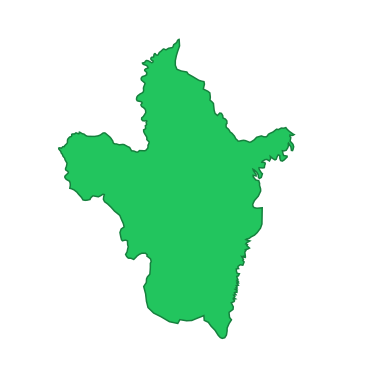 outline of Dinguiraye, Dinguiraye, Guinea, rotated 315°
{"feature_id": "49546643B8348239056405", "entity_name": "Dinguiraye", "entity_type": "district", "adm_level": 2, "iso_a3": "GIN", "parent_name": "Guinea", "parent_adm1": "Dinguiraye", "projection": "robinson", "projection_center": [-10.609, 11.571], "detail": "fine", "context": "isolated", "style": "filled", "palette": "green", "viewbox_px": 384, "rotation_deg": 315, "n_neighbors": 0, "source": "geoboundaries", "source_scale": "gbopen_adm2", "svg_char_len": 6004}
<svg xmlns="http://www.w3.org/2000/svg" viewBox="0 0 384 384"><g transform="rotate(315 192 192)"><path d="M183.6,276.4L183.5,274.2L184.4,275.0L186.5,272.3L187.2,271.7L188.8,271.5L188.8,270.6L189.8,270.9L190.9,271.7L193.0,272.3L192.8,268.6L194.0,268.4L193.3,266.7L195.1,266.5L196.3,267.0L198.3,267.5L197.0,265.2L196.4,263.7L197.5,263.9L199.6,265.2L202.3,265.6L205.7,266.7L209.3,266.8L213.3,266.2L214.6,266.1L218.8,264.1L230.5,252.8L226.9,249.8L226.3,249.2L224.9,247.0L225.0,245.3L226.3,243.6L230.1,242.2L236.0,241.8L241.2,239.9L242.7,238.3L244.5,235.0L246.0,233.6L247.2,231.1L246.4,230.0L245.6,228.5L246.0,224.6L247.0,223.4L248.7,226.0L249.8,224.8L250.1,222.6L250.5,220.4L251.2,219.1L251.6,220.3L251.8,224.0L250.9,226.8L249.4,228.5L249.2,230.1L251.3,230.7L254.7,228.9L254.6,227.6L255.3,224.4L255.8,222.9L256.6,222.2L259.1,225.1L260.4,225.9L262.3,224.5L263.7,223.9L264.3,222.7L262.4,220.4L263.5,220.0L265.1,220.5L266.1,220.5L268.0,221.9L268.7,224.8L271.2,224.0L272.5,222.2L272.8,225.7L273.4,228.0L274.7,228.4L276.7,227.4L279.3,226.7L279.8,228.3L277.9,230.4L276.9,232.4L277.7,234.0L279.8,234.5L282.2,234.5L284.1,234.5L284.6,233.8L282.6,231.0L283.3,229.4L285.1,226.7L286.0,227.9L288.1,229.1L291.1,228.4L293.3,227.2L294.1,225.9L294.8,225.6L294.7,226.5L294.1,228.2L293.9,229.9L291.7,232.9L292.4,233.8L293.6,233.3L295.9,231.9L297.1,229.7L297.3,227.4L297.3,225.5L298.5,224.6L300.3,223.4L300.4,222.7L300.6,221.7L301.6,221.0L302.2,222.3L303.2,223.1L303.8,223.4L304.8,223.6L304.5,222.8L303.7,217.9L303.7,216.6L303.6,216.0L303.6,214.7L303.9,212.8L302.0,211.8L300.3,209.9L297.3,209.0L296.2,207.4L292.1,206.9L291.0,206.6L288.7,205.7L286.9,205.2L285.0,205.6L283.5,205.5L281.9,203.9L280.7,201.4L276.4,199.0L272.8,199.1L269.5,198.4L268.0,197.8L266.1,193.4L265.0,191.9L263.7,190.9L261.2,189.3L260.6,188.6L260.7,187.7L260.6,185.2L261.5,182.6L261.8,178.8L261.4,176.3L262.0,174.8L262.2,172.6L261.9,170.7L262.7,169.4L264.3,168.1L265.1,168.3L266.9,166.4L267.2,164.1L266.3,161.6L267.8,159.6L268.4,157.2L267.5,155.8L264.1,155.9L263.9,152.7L265.5,149.8L269.8,144.5L269.9,142.1L269.7,139.7L272.0,137.9L274.7,134.5L274.4,131.9L272.8,127.2L277.1,124.5L278.5,122.4L277.3,120.6L275.8,117.8L274.2,111.3L272.7,106.0L273.2,103.5L270.0,98.9L268.1,94.6L269.8,90.6L273.1,87.3L277.4,84.5L281.5,82.3L286.5,79.9L290.8,75.0L290.1,74.6L288.7,74.7L287.3,75.3L286.4,75.4L283.2,74.9L281.3,75.9L280.3,76.0L277.1,73.8L274.4,73.2L273.9,72.7L273.2,70.9L272.5,70.6L269.3,70.5L267.6,70.2L265.2,71.0L264.3,70.8L263.9,70.4L263.6,69.5L263.8,68.1L263.5,67.8L262.6,67.8L260.3,69.4L258.7,68.2L257.6,68.3L256.9,68.9L256.6,69.9L257.2,71.7L256.6,72.4L255.8,72.5L254.9,72.1L253.9,68.5L253.1,67.1L252.6,66.7L251.3,66.6L250.1,67.0L248.5,65.9L248.1,65.8L247.8,66.8L248.0,67.7L249.3,70.3L249.3,71.8L248.8,73.2L246.0,72.1L244.9,72.2L244.4,72.7L244.5,75.4L244.0,76.1L242.7,76.7L242.7,77.0L241.0,76.6L238.5,75.3L237.1,75.4L236.0,76.0L235.4,77.1L235.7,81.3L235.5,82.1L232.1,83.6L231.1,84.2L229.5,86.1L228.3,86.8L226.4,86.6L224.8,86.0L221.8,85.6L220.4,85.8L219.1,86.5L218.1,87.5L217.8,88.8L218.4,89.9L219.7,91.8L220.0,93.1L219.7,93.8L217.7,94.1L217.3,94.6L216.9,96.0L217.5,98.5L217.3,99.1L217.5,99.6L217.0,101.3L215.4,103.2L211.0,104.2L208.9,104.0L207.7,105.0L207.5,106.6L208.7,108.2L210.1,109.2L210.3,109.7L210.0,110.1L208.6,110.5L207.9,112.0L207.1,112.3L205.9,112.1L204.1,114.3L203.1,114.3L201.8,113.8L200.5,115.2L199.7,117.4L198.9,120.9L198.3,121.9L197.2,122.9L197.0,124.0L197.2,126.0L196.8,126.6L195.3,127.4L193.9,127.8L193.4,128.5L191.8,129.7L188.7,129.9L187.6,129.3L184.2,125.6L181.8,125.4L181.1,124.8L179.9,122.0L178.4,120.1L179.4,116.4L178.6,114.3L177.5,110.5L176.7,109.4L173.9,107.2L172.5,104.5L171.5,103.5L171.0,102.0L171.2,101.3L172.0,100.0L172.7,96.6L172.8,95.0L172.3,89.0L171.8,88.2L170.8,87.4L167.6,86.9L165.3,85.9L162.5,83.9L158.3,79.6L157.2,78.2L156.8,76.9L156.6,74.8L155.6,73.1L154.9,70.3L154.6,70.0L153.4,70.9L152.8,70.5L151.9,68.3L151.5,68.0L150.2,68.0L148.4,66.4L147.7,66.2L146.5,67.3L145.9,67.4L144.3,66.6L141.9,66.7L140.7,67.2L138.8,69.0L137.7,69.3L135.1,69.2L133.7,69.6L133.0,68.8L132.4,68.6L130.7,68.7L129.7,67.2L128.8,66.7L128.2,67.4L127.9,70.4L127.0,72.3L127.0,73.6L126.1,75.5L125.9,78.0L125.0,79.5L124.0,83.2L122.4,84.4L120.7,85.4L119.5,85.8L118.7,86.4L118.3,87.3L118.8,89.6L118.4,90.6L117.9,91.0L113.6,90.9L112.8,91.3L112.3,92.0L112.0,94.1L113.0,97.8L112.2,99.5L110.6,101.3L108.2,103.0L109.1,104.5L110.1,107.2L110.5,110.8L110.2,113.3L110.0,117.8L109.3,120.5L110.6,122.4L112.2,123.7L114.6,125.2L115.5,124.7L117.3,124.5L119.3,124.7L122.4,129.2L124.7,130.0L127.4,130.6L128.2,131.8L126.2,132.9L124.2,134.5L123.3,137.1L123.9,140.7L124.0,145.7L123.7,150.7L124.4,157.5L122.8,161.3L121.1,165.8L119.3,168.7L115.7,168.1L112.4,169.7L110.0,173.2L108.4,175.9L108.3,177.3L110.9,178.9L111.9,180.9L111.0,181.8L109.2,183.8L108.2,185.7L106.5,186.6L103.8,188.4L100.9,189.2L100.2,191.4L100.2,193.7L102.0,195.7L103.1,198.5L106.6,198.5L107.8,198.4L110.6,198.8L113.2,199.8L114.7,201.3L115.8,202.3L116.0,204.7L114.8,205.4L115.4,209.8L114.1,212.2L112.1,213.0L109.2,215.9L107.3,217.6L104.1,220.3L100.4,220.5L98.4,221.3L95.7,223.7L91.0,224.7L87.2,231.2L82.5,237.1L79.2,242.6L79.3,250.5L81.9,258.3L84.3,267.7L89.0,274.9L93.2,273.7L97.1,279.2L101.0,282.7L106.8,285.1L111.1,287.0L113.0,287.7L109.9,291.4L111.4,295.7L110.6,300.4L110.5,306.1L109.2,311.9L109.1,315.0L109.9,316.9L112.1,318.2L115.2,317.5L118.5,315.1L120.7,313.0L125.3,311.2L129.5,310.3L129.9,307.2L132.6,303.8L133.2,303.3L138.0,304.0L140.0,302.4L141.4,298.1L144.2,299.2L145.1,299.0L145.4,297.1L147.1,298.2L146.5,296.3L148.3,296.3L148.5,294.4L150.4,295.7L150.6,293.3L151.7,293.4L152.8,294.7L154.2,293.5L153.8,291.4L155.4,292.4L155.7,290.7L156.7,291.1L157.2,289.5L158.8,290.7L159.2,288.5L160.4,289.1L160.1,287.5L161.3,288.1L161.3,286.1L162.4,286.6L163.3,284.4L164.0,283.3L165.5,284.1L167.7,283.3L166.4,281.5L167.4,279.4L168.9,277.7L170.8,279.1L171.2,277.8L171.8,277.1L174.6,277.5L176.2,279.7L179.4,278.3L179.5,276.2L180.7,276.1L181.5,272.8L183.6,276.4Z" fill="#22c55e" stroke="#15803d" stroke-width="1.5"/></g></svg>